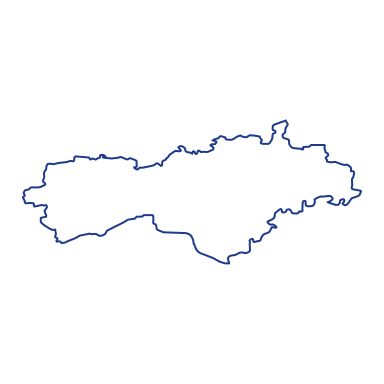 outline of Mariy-El
{"feature_id": "RUS-2385", "entity_name": "Mariy-El", "entity_type": "Republic", "adm_level": 1, "iso_a3": "RUS", "parent_name": "Russia", "parent_adm1": "", "projection": "natural_earth1", "projection_center": [48.096, 56.579], "detail": "fine", "context": "isolated", "style": "outline", "palette": "blue", "viewbox_px": 384, "rotation_deg": 0, "n_neighbors": 0, "source": "natural_earth", "source_scale": "10m", "svg_char_len": 6020}
<svg xmlns="http://www.w3.org/2000/svg" viewBox="0 0 384 384"><path d="M351.6,187.7L352.1,188.9L353.1,189.3L360.0,190.6L360.7,190.9L361.0,191.5L359.7,194.7L359.3,195.2L357.3,196.4L352.0,198.1L350.5,199.8L348.3,203.2L346.5,204.8L345.1,205.3L342.8,204.1L342.6,203.7L342.7,203.2L343.8,202.0L344.3,200.9L344.2,199.9L343.8,199.3L342.4,199.2L340.4,200.2L339.8,201.3L339.8,202.9L339.6,203.3L338.0,204.9L335.7,204.9L328.2,202.5L327.9,202.2L330.4,201.1L332.5,199.4L332.7,198.6L332.3,197.7L331.7,196.9L330.7,196.2L329.0,195.9L323.0,196.6L320.6,196.5L317.2,197.8L314.8,199.3L314.5,199.7L314.9,201.5L314.5,203.3L313.8,204.9L312.8,205.8L311.7,206.1L308.4,206.3L306.8,206.0L306.3,205.7L305.7,204.9L305.6,201.5L305.3,201.1L304.7,200.9L303.3,201.2L302.7,202.6L302.4,208.0L302.5,210.7L302.2,211.3L301.7,211.6L299.3,211.4L298.8,212.0L298.6,212.6L297.9,213.1L296.9,213.5L292.9,213.3L292.1,213.0L290.7,210.3L289.9,209.6L289.2,209.3L287.1,209.6L286.5,210.3L286.0,211.5L285.3,212.0L283.9,212.5L282.7,212.4L282.1,212.1L281.7,210.0L281.1,209.1L280.3,209.2L279.3,209.7L275.3,212.9L274.8,214.6L274.6,216.6L273.7,218.3L272.7,219.1L267.7,221.5L267.6,222.1L267.9,222.8L269.5,224.3L271.2,224.7L272.3,224.4L273.2,224.6L274.7,225.4L276.0,226.5L276.4,227.3L275.8,227.7L275.0,227.7L272.2,227.1L271.4,227.9L270.5,229.9L269.3,231.8L267.9,232.8L264.4,234.0L263.1,234.9L261.8,236.7L260.4,240.2L259.9,240.6L258.9,241.1L257.3,241.2L254.5,242.0L253.8,241.8L253.2,241.1L253.1,239.5L252.8,239.1L251.7,238.9L250.2,239.7L249.6,240.5L249.9,242.3L249.7,244.1L250.0,250.4L249.3,251.6L247.2,252.7L245.5,253.2L241.9,252.4L239.9,252.6L235.2,255.0L231.6,255.5L229.7,256.1L228.9,256.8L228.2,257.7L228.0,258.4L228.0,259.3L229.0,262.5L229.1,263.3L225.2,263.4L219.6,261.7L212.8,257.9L200.2,253.1L198.0,251.6L196.4,249.6L195.2,247.0L194.2,244.2L193.8,244.1L193.1,240.0L191.4,236.1L188.9,234.0L185.8,233.1L163.5,232.3L158.7,230.4L157.4,229.7L156.7,229.0L156.1,225.1L155.6,224.4L153.8,223.7L153.4,223.3L153.2,222.8L153.4,218.6L153.2,216.2L152.9,215.5L151.5,215.1L144.1,215.1L143.5,215.3L142.4,216.5L141.9,216.6L136.7,216.7L135.6,217.7L135.2,218.4L134.6,218.7L128.5,219.6L127.6,219.9L123.5,222.4L107.7,230.3L106.9,230.9L105.5,233.4L104.3,234.5L102.8,235.4L99.5,235.8L98.3,235.3L96.5,234.1L95.0,233.9L91.2,234.2L89.8,233.6L79.9,235.6L74.8,238.4L67.2,241.4L65.9,242.3L61.6,243.1L61.1,242.4L59.7,241.3L56.8,241.6L56.5,241.2L56.5,240.7L57.4,239.3L57.5,238.7L57.1,238.1L55.4,237.4L55.1,237.1L55.1,236.6L56.0,234.0L55.5,231.9L55.2,229.7L52.1,229.9L50.9,229.1L49.6,228.7L43.5,224.7L40.9,222.3L40.7,218.9L40.9,217.9L41.4,217.7L46.1,216.7L46.3,216.0L46.1,214.9L45.0,212.8L44.6,210.8L46.8,207.5L46.9,206.8L46.6,205.7L46.2,205.2L45.6,205.1L43.9,205.6L41.9,205.0L41.2,205.1L34.8,206.5L34.2,206.4L33.9,205.4L33.8,203.7L33.4,203.3L29.3,202.9L27.5,203.3L25.5,203.1L24.8,202.5L24.8,201.0L23.1,198.0L23.0,197.2L24.1,196.4L24.7,195.6L24.6,195.0L23.9,193.8L23.8,192.6L24.3,191.4L24.8,190.7L25.3,190.3L28.7,189.4L30.6,187.7L31.3,187.4L37.9,187.4L40.2,187.1L44.9,184.9L45.2,184.4L45.3,183.9L45.1,183.4L43.4,181.9L43.0,181.3L43.2,180.0L44.0,178.0L44.3,176.9L44.0,174.1L44.1,172.7L44.5,171.6L46.1,169.3L46.4,166.5L46.9,165.2L47.8,164.0L48.4,163.8L49.9,163.7L53.7,164.2L57.9,163.1L67.1,162.0L70.1,160.9L73.3,161.3L74.0,160.7L74.5,157.2L75.8,156.4L88.8,157.5L89.3,157.9L89.8,159.0L90.4,159.5L92.2,158.6L92.9,158.6L95.3,159.5L96.0,159.4L97.6,158.4L99.8,157.6L100.2,157.2L100.0,155.8L100.3,155.2L101.7,154.9L103.7,155.1L105.0,156.2L103.0,156.8L103.0,157.2L103.5,157.5L104.6,157.8L111.7,158.5L118.3,157.7L120.0,157.0L121.1,157.1L126.6,159.3L127.6,159.4L129.6,158.3L131.0,158.4L135.7,160.3L136.6,161.2L136.6,164.5L136.8,166.2L136.4,166.7L135.9,167.0L134.2,167.4L134.3,167.8L136.4,169.3L137.5,169.5L139.7,167.7L143.4,167.6L152.8,165.6L154.4,164.9L156.2,163.5L157.3,163.4L158.0,163.6L160.6,165.6L161.1,165.9L161.5,165.8L161.8,165.5L162.1,164.5L162.2,162.0L162.6,161.4L163.2,160.7L164.6,160.3L166.1,159.4L166.2,158.5L168.0,157.2L169.5,154.9L170.1,154.4L174.6,151.3L175.7,150.9L179.6,151.3L180.2,151.1L180.8,150.6L180.4,149.7L178.6,147.8L178.4,147.4L178.6,147.0L178.9,146.7L180.8,146.1L182.4,146.4L183.6,147.1L184.8,148.2L185.2,149.1L185.4,150.7L186.0,151.4L187.2,152.1L189.8,152.5L192.2,153.6L192.6,153.1L192.8,151.7L193.5,151.3L194.6,151.8L195.5,153.8L195.9,154.0L196.6,153.8L197.3,152.9L197.6,152.3L197.7,151.5L198.0,150.7L199.5,150.8L200.9,152.0L201.4,152.1L203.5,151.8L207.1,152.0L208.1,151.8L212.9,149.7L213.4,149.2L213.5,148.1L213.2,147.4L210.5,145.3L210.8,144.8L211.2,144.5L215.2,144.0L216.4,142.4L216.5,141.8L216.2,141.5L212.9,140.4L213.4,139.9L214.6,139.3L217.8,138.4L218.9,137.7L219.6,136.7L220.6,136.2L221.2,136.2L225.2,137.4L225.6,137.9L225.5,138.8L225.8,139.2L226.5,139.5L230.5,139.8L231.7,139.7L233.1,139.2L237.4,136.5L240.4,135.5L242.4,136.6L245.6,137.3L247.3,137.0L248.0,136.3L249.6,135.3L254.3,135.6L259.0,136.4L259.7,136.6L260.2,138.1L261.8,139.9L261.9,140.4L260.8,142.0L260.8,143.0L262.3,143.8L268.1,143.9L268.7,143.7L269.9,142.7L271.8,139.7L272.4,137.6L272.6,134.7L272.9,134.1L273.3,133.6L274.8,133.0L275.3,132.5L275.5,131.8L275.4,131.2L275.0,130.8L273.0,130.1L272.7,129.7L272.7,126.8L273.0,125.6L274.6,124.5L285.7,120.6L287.7,124.2L287.4,125.5L286.6,126.3L285.6,128.4L285.2,130.2L285.3,132.0L284.7,132.9L282.9,134.3L282.6,134.7L282.6,135.7L282.7,136.7L283.2,137.6L283.8,138.1L288.1,139.4L288.9,140.0L289.2,144.0L290.3,145.9L291.6,147.3L293.2,148.1L299.9,148.7L302.5,149.5L303.0,149.3L303.2,148.7L302.9,147.7L303.7,147.0L309.2,146.7L311.2,145.0L324.3,145.0L324.6,145.2L324.8,145.9L324.5,147.6L324.5,148.8L325.2,150.3L325.5,152.0L326.1,152.6L327.6,153.4L328.2,154.7L328.2,155.2L328.0,155.6L325.9,157.4L325.7,157.9L325.9,158.6L326.9,159.8L327.0,161.4L327.7,161.8L329.8,162.2L332.0,162.3L333.2,162.0L335.3,161.9L341.4,164.2L344.4,165.0L346.1,164.7L347.3,164.8L348.2,165.3L350.6,167.2L350.9,167.8L351.1,168.8L350.9,170.2L351.1,171.2L353.1,171.2L353.6,171.6L354.1,172.9L354.0,174.3L353.3,176.9L352.1,179.0L352.0,179.8L352.2,185.6L351.6,187.7Z" fill="none" stroke="#1e3a8a" stroke-width="2"/></svg>